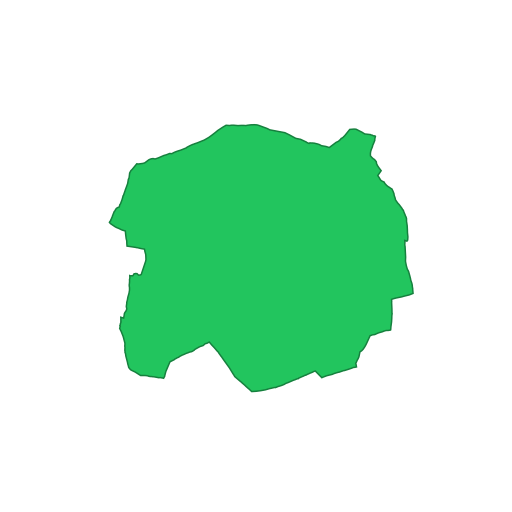 Vegårshei nor, Aust-Agder, Norway, rotated 45°
{"feature_id": "86288312B64085971286736", "entity_name": "Vegårshei nor", "entity_type": "district", "adm_level": 2, "iso_a3": "NOR", "parent_name": "Norway", "parent_adm1": "Aust-Agder", "projection": "mercator", "projection_center": [8.831, 58.755], "detail": "fine", "context": "isolated", "style": "filled", "palette": "green", "viewbox_px": 512, "rotation_deg": 45, "n_neighbors": 0, "source": "geoboundaries", "source_scale": "gbopen_adm2", "svg_char_len": 6079}
<svg xmlns="http://www.w3.org/2000/svg" viewBox="0 0 512 512"><g transform="rotate(45 256 256)"><path d="M366.6,327.2L367.2,324.9L367.4,324.4L368.0,323.3L370.4,317.2L371.1,315.9L371.4,315.0L371.6,314.6L371.8,314.0L372.7,312.7L372.5,312.3L372.7,311.8L374.0,308.4L374.5,307.3L374.9,305.9L375.6,304.9L375.5,304.6L375.9,303.8L376.0,303.2L376.4,302.5L377.1,300.5L377.7,299.2L378.1,298.2L378.6,296.6L379.2,295.4L388.6,295.5L388.9,294.6L390.6,290.8L390.9,290.2L391.2,289.8L392.0,288.4L392.7,287.3L393.6,285.8L394.3,284.0L395.1,282.4L396.5,279.9L396.9,279.4L399.0,275.1L399.5,274.5L401.7,270.3L402.9,267.8L403.7,265.9L404.6,264.8L405.5,263.4L403.1,261.7L402.4,261.4L401.9,259.7L401.3,258.3L400.8,256.4L400.1,254.6L398.1,251.5L397.3,250.5L397.7,248.4L397.7,247.7L397.7,246.4L397.3,244.1L396.8,242.1L396.2,240.2L393.0,231.6L393.3,231.2L394.1,229.4L395.5,227.6L396.5,224.9L397.1,223.5L399.0,220.1L399.7,218.4L400.3,217.3L401.0,216.3L402.1,215.2L403.5,213.2L403.3,212.8L401.4,210.6L398.5,206.8L396.1,204.1L394.3,202.2L393.0,200.5L392.3,200.0L389.5,197.3L384.8,193.0L384.1,192.2L382.5,190.8L383.4,189.0L384.7,186.7L387.9,181.9L389.0,179.9L391.9,175.1L393.5,171.4L390.3,168.7L389.8,168.2L388.2,167.1L387.2,166.2L385.5,165.1L382.2,163.5L381.8,163.1L378.8,161.3L374.9,159.1L374.1,158.8L372.3,158.3L371.0,157.6L369.2,156.6L365.9,154.4L364.8,153.4L362.6,151.0L354.7,143.9L353.4,143.0L351.6,141.0L350.2,139.8L352.2,138.8L352.0,137.5L349.9,135.1L346.6,132.4L344.5,130.4L341.5,127.7L337.6,124.8L337.4,124.5L335.8,123.0L334.2,122.2L333.1,121.9L332.4,121.5L329.6,120.4L327.7,119.4L326.8,119.6L325.6,119.1L320.7,118.4L319.2,118.4L315.0,117.7L313.3,116.6L310.8,115.4L309.5,114.4L307.0,113.3L304.7,112.5L304.3,112.6L303.4,112.9L301.9,113.1L300.5,113.5L298.6,113.7L295.6,113.6L294.5,113.1L291.8,114.0L290.6,114.2L287.7,113.5L285.2,113.0L284.2,107.2L280.1,106.6L278.1,106.2L275.8,105.4L275.1,104.8L274.4,104.3L271.9,104.0L270.9,104.1L270.4,104.3L268.5,104.4L266.2,104.3L265.3,103.5L264.3,102.5L263.2,101.0L262.3,99.3L261.1,96.5L260.2,95.0L259.4,92.9L258.2,90.2L257.5,89.5L256.4,88.0L256.3,87.7L256.0,87.1L255.7,86.9L255.0,87.1L254.1,88.0L252.7,88.4L252.1,88.9L251.1,89.2L246.6,92.8L243.5,93.5L237.1,95.6L235.6,96.9L232.8,100.2L233.7,108.5L233.6,109.5L233.7,110.3L233.5,111.6L233.1,112.6L233.3,113.8L233.3,114.5L233.2,115.1L233.2,116.5L232.3,119.0L231.5,124.7L231.1,127.5L228.0,129.1L224.3,131.7L222.0,132.4L220.4,133.2L217.6,134.9L216.0,136.2L214.9,137.3L214.1,137.9L214.0,138.8L213.2,139.3L212.8,139.3L211.7,139.8L211.1,139.8L205.0,142.0L200.9,144.7L193.8,146.8L189.2,148.4L176.3,157.2L175.3,157.4L173.4,158.1L165.6,161.7L164.0,162.6L161.7,164.6L161.0,165.5L160.5,165.9L159.2,167.4L157.5,169.6L156.5,171.1L155.7,171.7L153.4,173.9L151.1,176.5L147.5,179.5L146.5,180.5L145.4,181.9L145.2,182.3L142.4,184.7L141.4,188.5L140.2,194.3L140.0,196.5L139.9,197.4L139.8,198.4L139.4,201.4L138.8,205.4L137.4,210.7L136.7,212.3L136.3,213.2L134.6,217.3L133.2,220.1L132.9,220.9L132.3,222.0L131.3,224.7L130.3,227.9L130.2,229.0L129.9,229.7L127.9,234.4L126.2,237.6L125.1,240.1L124.6,241.5L124.1,243.2L122.5,244.5L121.0,247.9L119.8,250.0L117.6,255.6L116.2,258.5L116.0,258.8L114.3,259.9L113.2,261.4L112.7,262.4L112.2,263.7L111.5,268.6L111.3,269.2L110.4,270.7L107.7,274.2L106.5,275.1L107.2,282.3L107.2,284.2L107.8,286.1L108.0,286.7L108.3,287.1L108.8,287.7L110.7,290.1L111.2,291.0L111.5,292.0L114.0,295.5L115.6,298.9L116.6,301.1L116.9,301.8L117.2,302.3L118.8,305.6L119.4,306.8L119.5,307.6L120.2,308.6L120.5,309.2L121.5,311.0L122.4,313.0L123.3,315.0L123.5,316.2L124.6,317.9L124.4,318.5L123.9,319.7L123.6,321.1L123.8,322.2L123.9,322.7L124.2,323.3L124.3,324.0L124.3,324.8L126.2,329.2L126.8,330.3L127.0,331.0L127.6,332.4L127.8,333.2L128.3,333.7L128.2,334.2L128.4,335.4L128.6,335.9L130.2,336.0L135.5,335.0L137.2,334.5L139.8,333.4L142.3,332.6L143.6,332.0L145.9,330.7L148.8,333.1L151.9,335.5L153.9,336.7L155.8,338.5L157.8,340.2L164.8,335.0L165.4,334.7L166.2,334.0L169.5,332.0L172.3,330.0L174.0,331.2L177.1,333.0L180.7,336.3L181.7,337.8L187.9,350.2L187.9,350.5L187.6,351.1L186.9,352.2L186.7,352.5L186.4,352.6L184.3,352.6L183.7,353.2L183.4,353.3L183.1,353.8L182.9,354.2L182.4,354.7L182.5,355.5L182.8,356.4L182.9,357.0L182.7,357.4L182.4,357.5L181.5,358.5L181.2,358.8L180.6,359.1L182.3,360.7L183.3,362.2L184.4,363.2L185.8,364.8L186.8,366.1L187.8,367.0L188.9,367.8L190.7,369.6L192.5,372.1L194.5,375.7L196.1,378.0L196.9,379.3L197.3,380.1L198.2,381.0L199.6,382.9L200.2,383.6L201.4,384.3L202.2,385.0L203.0,387.0L203.2,388.4L203.6,389.7L205.1,391.7L205.8,392.8L206.3,393.5L203.7,394.9L204.3,395.5L204.8,395.8L205.6,396.8L206.4,397.4L206.5,397.5L206.6,397.8L207.1,398.0L207.6,398.9L208.1,400.0L208.6,400.5L208.9,401.4L209.2,401.7L209.7,401.6L210.8,403.6L214.3,404.8L219.1,406.9L224.9,410.3L226.2,411.6L226.8,412.4L228.0,413.3L230.0,415.5L230.8,416.0L231.4,416.7L232.9,417.4L234.6,418.7L240.2,422.0L241.5,422.9L243.5,424.0L244.6,424.7L245.3,424.9L247.3,425.1L248.3,425.0L252.6,423.5L258.9,422.1L261.6,419.4L262.7,418.4L264.0,417.4L265.5,416.7L266.8,415.7L267.0,415.4L267.7,414.9L268.0,414.7L268.3,414.4L269.5,413.4L273.2,410.9L274.6,409.4L275.6,408.8L276.1,408.4L277.1,407.8L276.8,407.4L276.8,406.6L276.6,405.9L276.4,405.5L276.0,405.0L273.9,401.4L270.0,391.7L270.8,389.2L271.5,387.1L271.5,386.1L271.8,385.5L272.2,383.8L272.7,382.7L272.9,382.2L273.0,381.4L273.1,380.6L273.3,380.2L273.9,378.2L274.5,376.9L275.5,374.2L276.5,372.2L277.0,370.8L277.6,370.0L278.1,369.2L278.4,368.3L278.6,367.5L278.9,366.2L278.8,365.7L279.0,364.6L280.1,360.7L280.5,359.5L281.9,356.8L282.1,354.1L282.2,353.7L283.0,352.5L283.8,349.9L287.6,350.2L291.3,350.3L296.3,350.7L297.2,350.6L299.0,351.1L299.5,351.1L302.2,351.6L302.8,351.6L305.9,352.2L316.3,353.9L322.9,355.5L325.4,356.0L326.1,356.3L334.1,355.7L335.0,355.5L335.6,355.6L339.4,355.3L341.0,355.3L344.5,355.1L345.0,355.0L348.8,354.9L351.8,351.5L354.7,347.7L357.3,343.9L359.4,340.1L360.2,338.9L361.9,336.1L362.4,335.6L362.8,335.3L363.1,334.4L363.3,334.2L363.6,333.3L363.7,333.2L363.8,332.8L364.0,332.5L364.1,332.3L364.6,331.4L365.6,329.5L366.1,328.3L366.6,327.2Z" fill="#22c55e" stroke="#15803d" stroke-width="1.5"/></g></svg>